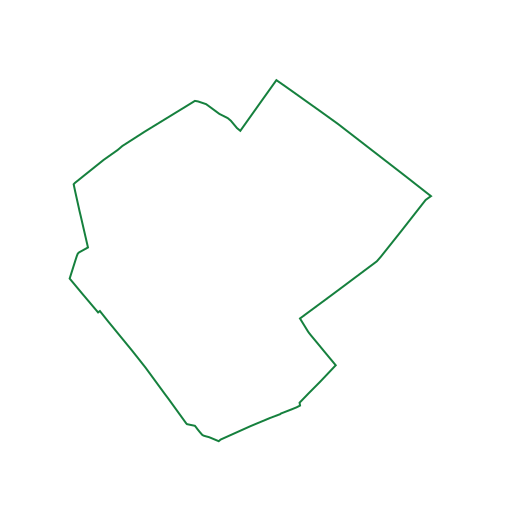 the district of Calinesti, Teleorman, Romania, rotated 163°
{"feature_id": "2599482B33881241213491", "entity_name": "Calinesti", "entity_type": "district", "adm_level": 2, "iso_a3": "ROU", "parent_name": "Romania", "parent_adm1": "Teleorman", "projection": "mercator", "projection_center": [25.227, 44.113], "detail": "fine", "context": "isolated", "style": "outline", "palette": "green", "viewbox_px": 512, "rotation_deg": 163, "n_neighbors": 0, "source": "geoboundaries", "source_scale": "gbopen_adm2", "svg_char_len": 1251}
<svg xmlns="http://www.w3.org/2000/svg" viewBox="0 0 512 512"><g transform="rotate(163 256 256)"><path d="M269.1,422.2L271.3,421.6L326.3,407.4L351.6,400.3L357.1,397.9L373.5,392.5L407.7,378.9L409.4,377.9L410.0,371.2L411.4,353.4L411.6,351.0L412.0,344.6L414.2,313.3L423.6,311.3L424.7,311.0L426.0,310.1L426.6,309.3L427.2,308.6L429.8,304.9L435.3,296.9L440.8,288.9L432.9,270.1L423.5,248.2L421.4,249.0L416.5,236.6L402.2,201.8L394.3,181.6L383.5,150.6L381.5,145.1L371.7,116.4L371.2,115.4L367.6,113.4L364.1,111.5L363.3,109.5L362.8,108.0L362.4,107.0L361.4,104.5L360.7,102.9L360.2,101.8L359.9,101.0L359.7,100.7L359.4,100.3L358.7,99.6L358.0,99.1L356.0,97.8L355.0,97.2L353.9,96.5L352.4,95.3L345.8,89.8L343.5,90.8L311.0,94.9L290.0,97.0L279.0,97.7L278.2,98.1L266.0,99.0L261.5,99.4L257.6,100.1L257.2,103.0L246.0,109.2L230.9,117.3L211.7,128.2L213.0,131.3L218.2,143.7L222.5,154.1L226.6,163.9L227.9,167.2L228.4,168.8L230.7,177.6L232.2,183.4L192.6,197.4L142.0,215.6L137.0,218.7L110.2,237.1L77.4,260.0L73.3,261.4L71.2,262.1L74.7,267.1L89.7,288.6L139.0,358.3L151.4,374.6L177.4,408.4L178.4,409.7L185.1,418.2L205.3,402.7L234.4,380.3L236.8,383.9L240.5,392.7L242.7,396.1L249.4,402.5L259.3,415.8L266.3,420.8L269.1,422.2Z" fill="none" stroke="#15803d" stroke-width="2"/></g></svg>